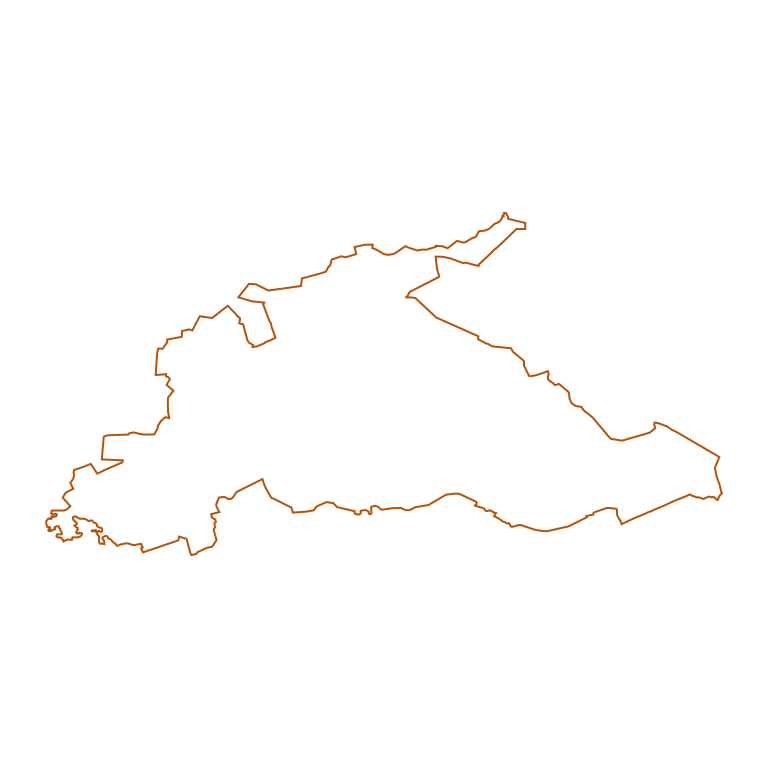 Pušas pag., Rezeknes, Latvia
{"feature_id": "27541924B59366467531122", "entity_name": "Pušas pag.", "entity_type": "district", "adm_level": 2, "iso_a3": "LVA", "parent_name": "Latvia", "parent_adm1": "Rezeknes", "projection": "robinson", "projection_center": [27.179, 56.243], "detail": "fine", "context": "isolated", "style": "outline", "palette": "amber", "viewbox_px": 768, "rotation_deg": 0, "n_neighbors": 0, "source": "geoboundaries", "source_scale": "gbopen_adm2", "svg_char_len": 5996}
<svg xmlns="http://www.w3.org/2000/svg" viewBox="0 0 768 768"><path d="M525.2,229.0L525.3,223.0L508.1,218.8L508.1,216.9L505.8,213.0L503.9,213.1L504.0,214.0L503.5,214.6L503.6,216.4L502.4,216.1L502.2,217.1L500.6,220.5L498.1,222.5L494.6,223.8L489.3,228.7L485.3,230.5L478.9,231.3L476.2,236.3L475.4,237.0L471.1,238.7L465.8,241.9L463.6,242.6L457.0,240.9L447.6,248.2L442.5,246.3L435.8,245.9L435.9,246.8L426.3,249.7L422.0,249.6L417.4,250.5L408.5,247.6L405.3,246.2L396.0,252.7L393.3,254.0L388.1,254.9L384.0,254.1L376.1,249.5L372.4,248.2L372.7,244.6L364.5,244.8L354.6,247.0L356.2,254.1L345.6,257.3L341.2,256.3L331.7,259.6L330.0,265.9L328.7,266.4L325.8,271.7L318.5,274.0L302.0,278.4L301.0,286.0L268.4,290.5L255.9,284.3L248.9,283.9L238.4,297.3L251.7,301.3L264.2,302.6L263.1,304.2L269.8,321.9L271.1,323.6L271.4,326.3L275.5,337.7L269.8,340.6L265.2,342.2L264.9,343.0L260.5,344.9L256.8,346.4L252.6,347.0L253.1,345.1L248.8,342.5L247.3,339.9L243.1,324.3L239.2,323.3L240.1,318.4L236.9,315.5L235.5,313.7L227.7,305.8L212.1,318.0L199.7,316.3L192.3,330.5L189.3,329.4L182.0,331.0L181.8,336.8L167.1,339.6L167.2,342.3L162.6,348.8L158.2,348.5L157.1,353.7L155.7,375.0L166.2,374.2L165.8,376.0L166.3,376.5L168.1,377.1L169.5,378.3L169.7,379.3L166.6,384.9L173.4,390.7L168.1,397.6L167.8,402.0L168.1,412.2L169.2,418.0L165.3,417.2L161.1,420.8L158.0,425.6L157.5,428.4L154.3,434.4L144.7,434.6L139.4,433.9L133.9,432.4L129.0,433.4L128.4,434.6L107.4,435.3L103.8,436.6L101.8,459.4L122.9,460.4L122.2,462.4L105.0,469.9L97.3,473.7L90.7,463.9L84.2,466.6L74.2,469.9L73.5,472.6L74.2,474.1L73.4,478.4L70.3,483.0L73.3,488.8L66.5,492.2L65.1,493.6L62.7,497.6L70.3,506.1L67.4,509.0L64.4,510.5L51.8,510.5L51.1,513.3L53.6,514.5L55.4,514.0L56.7,514.1L56.8,515.0L56.5,515.9L55.9,516.3L53.9,516.9L53.2,516.9L52.3,516.2L51.4,516.3L51.2,517.9L51.6,518.3L51.5,518.7L50.5,519.0L48.4,518.4L46.2,521.3L46.1,522.4L47.0,526.6L48.0,527.0L49.4,527.0L50.2,527.8L50.3,529.5L49.9,529.5L49.4,529.0L48.8,529.1L48.4,529.5L48.4,530.8L49.1,531.1L50.9,531.0L52.4,530.0L54.8,529.4L55.0,529.3L54.7,528.5L54.9,528.1L54.6,527.3L54.9,526.9L57.5,526.1L58.8,526.4L58.9,527.5L60.3,529.0L60.1,529.4L60.3,530.3L61.5,532.0L62.0,533.7L60.7,534.5L57.5,534.2L56.9,534.7L56.4,536.2L57.3,537.2L58.4,537.5L59.7,537.3L61.4,538.1L63.0,539.9L63.4,541.5L63.7,541.5L64.6,540.8L68.5,539.4L71.8,539.9L72.2,539.2L72.4,538.2L72.2,537.9L72.5,537.3L78.1,537.3L80.7,536.3L82.0,534.1L81.9,533.4L79.3,532.6L78.9,532.8L78.7,533.7L77.4,533.7L76.9,533.0L76.2,532.6L76.4,531.4L77.1,530.7L78.0,528.4L77.9,528.0L76.4,527.4L74.6,525.5L76.1,524.9L76.8,523.8L76.8,523.0L73.5,520.1L72.8,518.5L73.3,516.8L75.9,516.4L79.6,518.7L84.3,518.8L86.5,519.6L88.6,521.1L89.2,521.2L90.3,520.5L91.7,520.4L94.0,522.7L95.8,523.1L97.3,525.2L97.0,526.0L97.8,526.6L99.2,527.5L101.5,528.1L102.3,529.2L102.3,529.7L101.8,531.3L101.2,531.9L100.2,531.8L99.1,530.9L97.0,531.4L95.7,530.1L91.7,530.6L91.7,531.1L92.2,531.4L93.6,530.8L97.1,532.5L97.5,533.1L97.2,534.5L98.6,535.6L99.1,536.8L99.3,537.7L98.8,540.6L99.1,542.0L99.7,543.2L100.6,543.9L101.7,543.5L104.4,544.1L104.1,540.8L102.6,539.0L102.4,537.7L102.9,537.1L105.7,535.9L106.2,535.9L107.5,536.6L108.3,537.9L108.2,538.4L108.4,538.6L110.4,539.1L111.8,540.6L112.6,541.9L115.5,543.9L116.9,545.7L117.4,545.8L121.1,544.3L125.0,543.5L127.8,543.4L130.1,544.0L131.1,544.7L132.8,544.8L133.8,545.2L140.9,543.8L142.7,547.3L141.2,548.1L141.4,549.3L143.0,552.4L178.2,540.4L179.2,536.6L186.6,538.9L190.1,552.3L191.3,555.0L196.2,554.0L197.4,552.2L206.6,547.9L212.2,546.7L216.5,540.1L213.6,529.4L215.1,527.3L214.3,523.2L215.9,522.0L215.3,519.6L211.8,517.3L211.2,514.1L219.3,512.1L216.4,506.3L216.2,504.3L218.9,497.6L224.3,496.8L228.4,499.2L230.3,499.1L232.3,498.0L233.5,496.6L236.7,491.9L262.4,479.1L264.1,484.3L266.1,488.8L271.4,498.0L273.6,498.6L288.9,506.4L291.2,507.3L292.6,511.3L292.8,512.6L306.6,511.6L313.8,510.3L316.4,506.6L326.4,502.1L333.3,503.1L337.1,507.1L354.6,511.2L354.6,512.8L354.9,513.4L355.8,514.1L356.7,514.3L359.5,514.5L360.9,512.9L360.5,511.3L360.7,510.8L365.6,510.0L366.4,510.2L368.8,511.8L368.6,513.3L369.6,514.2L370.3,514.2L371.0,513.9L371.5,512.4L371.1,508.6L371.3,506.7L375.5,505.9L378.0,506.8L381.0,509.5L382.9,509.6L392.1,508.2L401.0,507.9L405.0,509.9L408.5,510.3L411.6,509.3L415.0,507.3L428.5,505.0L446.0,494.7L454.8,493.6L458.6,493.8L459.5,493.9L476.5,501.9L476.6,503.7L476.4,504.2L475.0,505.2L474.9,505.7L482.5,507.8L484.4,508.8L485.2,510.5L486.2,511.0L487.6,511.0L490.2,510.3L494.6,512.9L496.0,513.1L494.1,516.1L499.7,519.1L502.7,521.5L504.5,521.9L506.5,523.4L509.0,523.2L510.9,526.6L511.3,526.7L513.1,526.7L517.6,525.3L520.4,525.0L535.5,529.9L542.2,531.0L545.3,531.1L547.2,531.2L568.4,526.4L586.8,517.3L586.4,516.0L593.1,514.6L593.6,512.6L606.1,508.2L608.8,508.0L615.9,508.7L616.6,509.1L617.0,510.2L616.9,512.4L617.3,515.6L620.8,521.6L621.6,524.1L635.4,517.7L645.2,513.7L648.4,512.1L651.1,511.2L658.5,507.9L659.5,507.7L673.8,501.1L686.3,496.1L689.8,494.4L693.1,496.2L694.3,496.4L696.5,497.5L697.3,497.2L699.5,497.5L703.6,499.0L707.6,497.0L709.1,496.6L711.6,497.3L712.6,496.8L714.0,497.3L716.8,499.4L717.3,500.1L717.6,500.0L719.8,495.5L721.9,493.3L721.5,492.7L719.5,484.5L716.8,477.2L714.9,467.9L719.3,457.0L676.0,431.7L672.0,429.9L667.0,426.4L658.4,423.2L654.7,422.6L654.1,424.3L655.2,428.1L649.7,432.7L621.9,440.7L610.5,438.7L592.7,417.5L582.8,409.6L582.9,409.0L581.9,407.9L581.7,407.0L575.8,406.0L571.6,403.2L569.6,398.8L568.9,392.4L559.0,383.9L555.1,385.1L554.2,384.6L553.4,383.4L549.3,380.6L548.1,379.3L547.8,378.2L547.8,377.0L548.7,374.1L547.9,371.2L536.5,375.1L531.0,376.2L529.2,376.1L524.0,365.7L524.0,361.0L512.8,351.6L511.1,348.3L491.9,346.3L487.9,343.8L486.6,343.7L478.1,339.2L478.4,336.3L436.2,317.5L415.3,298.0L410.6,297.4L406.4,297.4L406.2,297.2L406.9,296.8L409.9,291.8L439.2,276.8L439.0,275.3L437.2,269.9L436.7,266.7L435.7,256.6L442.5,256.8L450.5,258.4L463.2,263.1L465.7,262.6L478.5,266.0L478.8,265.6L478.1,265.2L492.2,252.0L492.0,251.9L495.3,248.7L495.6,248.8L498.8,246.0L516.5,229.0L525.2,229.0Z" fill="none" stroke="#b45309" stroke-width="2"/></svg>